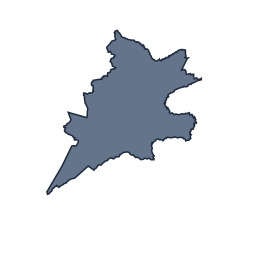 outline of Sullana, Piura, Peru, rotated 27°
{"feature_id": "86281439B8738296483293", "entity_name": "Sullana", "entity_type": "district", "adm_level": 2, "iso_a3": "PER", "parent_name": "Peru", "parent_adm1": "Piura", "projection": "mercator", "projection_center": [-80.584, -4.688], "detail": "fine", "context": "isolated", "style": "filled", "palette": "slate", "viewbox_px": 256, "rotation_deg": 27, "n_neighbors": 0, "source": "geoboundaries", "source_scale": "gbopen_adm2", "svg_char_len": 5675}
<svg xmlns="http://www.w3.org/2000/svg" viewBox="0 0 256 256"><g transform="rotate(27 128 128)"><path d="M175.4,86.5L173.9,88.5L172.5,88.8L172.3,89.5L171.5,90.2L169.8,90.6L167.2,93.1L164.1,93.9L163.1,95.1L160.2,94.5L159.6,95.5L158.8,96.0L157.6,95.2L157.7,94.3L156.8,93.5L156.1,93.3L155.4,92.6L154.9,92.6L154.5,91.9L154.0,92.0L154.1,93.0L153.1,92.4L153.2,91.8L150.9,91.3L150.1,89.8L149.4,89.9L149.6,89.4L149.3,89.2L149.9,88.5L149.3,88.3L149.4,87.6L148.9,87.3L149.2,87.0L149.0,86.7L149.1,85.6L149.4,85.5L148.6,83.6L149.6,82.9L148.9,82.1L149.1,81.5L149.4,81.4L149.6,81.8L149.9,81.4L148.6,80.4L148.9,79.4L150.0,77.8L149.9,77.3L151.6,76.3L152.1,74.8L152.5,74.7L152.4,73.4L153.4,71.5L154.1,71.2L155.2,69.4L157.3,67.6L157.5,67.0L158.6,66.4L158.6,65.9L159.1,66.0L159.5,65.3L160.3,65.3L162.3,63.8L162.3,61.9L163.8,60.7L164.2,60.6L164.6,60.1L164.6,59.2L166.2,57.6L168.3,54.5L171.4,51.7L170.8,50.5L170.2,51.4L168.3,53.1L167.3,52.9L166.6,52.1L165.6,52.8L165.4,53.7L164.6,54.1L162.7,51.9L162.6,50.8L162.2,50.4L161.6,50.5L159.9,52.0L159.0,51.2L155.7,53.7L154.6,52.6L154.1,51.3L152.2,50.2L151.0,50.6L150.2,51.2L150.0,51.9L149.4,52.3L149.3,39.6L149.7,38.4L148.9,39.0L148.0,38.9L147.1,39.6L146.6,39.4L147.1,38.2L147.1,37.5L145.3,35.6L144.9,34.5L144.3,34.1L144.3,33.2L143.4,32.4L143.2,32.6L141.6,33.1L141.3,33.7L140.7,33.5L139.6,34.0L137.8,35.8L137.1,37.2L137.2,38.4L136.2,38.4L135.2,40.3L135.0,41.5L134.2,41.6L134.2,42.3L133.6,43.3L133.1,43.5L133.1,44.2L132.1,44.7L132.4,45.5L132.3,45.8L131.5,45.7L131.7,47.1L129.7,48.0L129.8,48.9L129.2,49.4L129.2,50.1L128.7,49.9L127.7,50.7L127.7,51.2L127.3,51.3L127.1,51.8L127.2,53.0L125.3,52.9L124.9,52.5L124.9,53.4L124.2,53.5L123.8,54.8L122.0,55.9L120.5,55.2L120.1,55.5L119.8,55.3L118.5,55.5L118.3,55.1L116.9,54.4L116.2,53.6L114.2,52.5L113.8,51.8L113.4,51.9L113.0,51.0L111.6,50.3L111.2,49.7L110.0,48.9L109.0,49.2L107.9,49.2L108.0,49.5L107.5,49.8L106.8,49.9L106.4,49.2L106.2,49.3L105.4,48.7L105.4,47.9L104.9,47.9L104.3,47.3L104.2,47.8L103.2,47.9L102.8,48.3L102.2,47.2L101.4,47.6L100.7,47.6L99.9,46.9L99.8,47.1L98.8,46.7L97.2,47.0L96.9,47.2L97.0,47.6L96.7,47.7L96.3,47.4L95.7,47.7L94.2,47.4L93.6,47.0L90.3,48.5L89.5,48.5L88.2,49.1L86.7,49.0L86.1,49.4L85.1,49.1L84.4,49.4L83.8,49.1L83.1,49.5L81.2,49.7L80.6,49.5L80.1,48.7L78.8,48.3L78.2,47.6L75.8,46.9L74.6,46.0L73.9,45.9L73.4,47.1L72.6,47.4L72.5,49.2L73.8,49.4L73.6,50.5L74.5,51.5L74.6,52.3L76.9,54.7L76.7,55.3L74.1,58.1L74.2,58.7L73.6,60.2L73.8,61.1L73.2,62.5L73.1,63.7L72.5,64.8L72.5,65.9L73.1,66.7L74.9,68.0L76.0,69.5L77.0,68.8L77.5,67.8L78.5,68.3L79.6,69.6L82.3,69.0L83.5,69.2L83.6,70.1L83.0,71.0L83.3,72.2L81.9,73.2L81.4,74.6L82.2,76.4L81.9,76.8L83.6,77.4L83.8,77.7L84.7,78.1L85.0,78.9L86.2,79.9L87.9,79.8L89.0,80.3L89.6,80.0L88.9,81.9L87.8,82.1L86.1,83.9L86.9,86.0L86.2,86.6L85.8,87.5L84.9,88.1L85.5,89.6L85.3,90.1L86.2,91.3L85.4,91.4L84.7,91.9L83.5,91.9L82.7,92.7L82.6,93.1L83.0,93.7L82.0,94.5L82.0,95.4L82.7,96.2L82.5,96.7L81.1,97.0L80.7,97.6L79.7,98.1L75.3,101.4L75.7,102.5L74.9,103.4L75.3,105.3L76.3,106.5L77.0,106.2L77.9,106.2L78.1,107.3L78.9,107.9L79.4,110.1L80.6,110.8L80.1,111.7L80.2,112.8L79.8,113.3L77.6,114.2L76.2,116.4L74.4,116.3L72.6,117.0L73.7,119.2L74.8,119.3L75.8,121.5L78.8,125.6L79.6,125.9L80.6,126.9L82.7,128.0L82.8,128.6L83.6,129.4L84.3,131.8L85.8,134.9L86.5,137.5L67.6,141.2L73.3,146.4L73.5,148.2L73.0,149.9L71.8,151.8L72.0,153.0L69.9,155.6L70.3,155.9L70.4,156.4L71.0,156.6L72.4,156.3L72.5,157.8L72.3,158.6L73.1,159.7L73.6,159.7L74.5,160.4L75.7,160.2L76.9,160.6L78.1,160.5L81.3,160.2L82.7,160.4L83.6,161.2L85.0,160.8L85.3,161.4L85.1,162.4L85.5,162.9L86.2,162.8L87.6,161.8L88.5,161.7L89.6,162.1L89.9,162.9L90.3,164.7L90.0,165.3L90.1,166.7L89.7,167.7L88.7,168.2L88.3,168.0L86.1,169.5L86.5,192.0L84.7,221.7L86.4,223.6L87.4,222.5L87.8,221.4L87.9,220.2L88.6,219.2L88.4,216.4L89.3,214.6L89.6,213.1L90.7,212.4L90.7,211.5L93.3,212.4L94.5,209.7L95.8,208.0L96.4,206.5L97.9,204.9L98.5,202.5L99.2,201.2L100.5,199.2L103.3,196.8L109.8,180.0L116.7,181.0L116.5,180.6L117.8,178.3L118.5,173.9L120.9,173.3L121.4,171.1L122.8,167.9L124.6,166.1L124.8,164.3L126.3,162.4L127.9,162.1L128.4,162.3L129.8,161.4L130.0,159.0L131.5,158.8L133.0,157.7L133.1,157.2L132.8,155.6L133.5,155.1L134.2,153.0L135.1,151.9L137.9,149.8L140.2,149.3L141.6,150.3L142.3,150.2L143.1,150.6L145.1,149.7L146.9,150.5L148.5,150.8L149.0,150.2L150.4,149.7L151.4,149.7L152.5,150.2L154.0,150.3L155.7,149.1L156.6,147.4L159.3,146.8L160.1,145.4L163.1,145.8L164.3,145.2L164.9,144.4L165.4,144.5L165.2,143.5L164.5,143.5L163.3,142.1L164.1,141.1L162.2,140.2L160.0,138.3L159.0,136.5L159.0,135.5L158.4,134.4L157.3,133.9L156.9,133.2L157.1,132.7L156.6,132.5L156.8,131.5L156.5,131.6L156.2,131.2L156.1,129.9L157.0,129.9L157.3,128.4L158.4,126.7L158.2,125.9L158.9,124.6L159.8,124.2L161.4,124.3L161.8,123.7L163.9,123.2L164.9,123.5L165.2,123.2L165.6,120.7L166.0,120.1L166.8,120.0L167.1,118.5L171.3,117.0L173.0,115.3L174.3,114.6L177.0,114.1L178.6,112.5L179.7,112.4L181.0,111.7L182.7,112.4L183.7,112.1L184.4,112.3L185.3,113.3L185.6,112.8L187.6,111.4L188.4,109.9L188.2,109.0L188.4,108.8L188.0,108.7L188.0,108.2L187.2,106.8L187.3,106.3L187.1,106.0L187.3,105.4L186.2,105.5L186.3,105.0L185.8,104.9L186.0,104.5L185.7,104.1L185.3,104.1L185.0,103.3L185.5,102.1L184.8,100.5L185.8,99.9L186.0,99.3L186.4,99.6L186.6,99.2L186.2,98.7L186.5,97.9L186.0,96.9L186.4,95.8L185.7,95.3L185.6,94.7L185.2,94.9L185.0,94.5L184.7,94.4L185.0,93.4L186.4,93.1L186.7,92.4L186.3,91.8L185.7,91.8L184.8,91.0L184.4,91.0L184.2,90.5L184.5,89.7L183.3,89.0L183.0,88.3L182.1,88.0L182.5,88.9L182.2,89.2L181.9,88.6L180.9,88.7L180.7,88.2L179.9,88.0L179.4,87.1L178.5,87.0L177.7,87.6L177.3,88.5L176.4,88.1L175.8,87.3L175.9,86.7L175.4,86.5Z" fill="#64748b" stroke="#1e293b" stroke-width="1.5"/></g></svg>